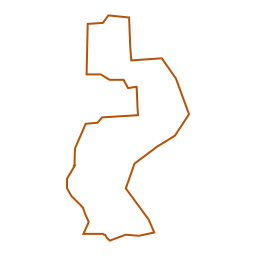 outline of Bayramaly, Mary, Turkmenistan
{"feature_id": "10190150B50405020357004", "entity_name": "Bayramaly", "entity_type": "district", "adm_level": 2, "iso_a3": "TKM", "parent_name": "Turkmenistan", "parent_adm1": "Mary", "projection": "natural_earth1", "projection_center": [62.18, 37.598], "detail": "fine", "context": "isolated", "style": "outline", "palette": "amber", "viewbox_px": 256, "rotation_deg": 0, "n_neighbors": 0, "source": "geoboundaries", "source_scale": "gbopen_adm2", "svg_char_len": 794}
<svg xmlns="http://www.w3.org/2000/svg" viewBox="0 0 256 256"><path d="M67.0,188.2L70.2,193.9L71.9,196.6L81.1,205.6L81.2,205.9L82.9,207.6L85.2,214.2L88.7,221.8L88.1,223.0L88.2,223.3L83.4,233.9L102.9,233.9L103.7,234.7L105.1,234.7L106.5,237.4L109.8,240.6L125.8,234.7L138.9,235.8L154.2,232.5L148.7,219.6L125.8,188.4L134.5,163.6L157.4,146.4L159.6,145.1L174.9,135.7L189.0,114.2L176.0,78.7L161.8,58.3L131.3,60.4L130.2,46.5L129.1,17.5L108.4,15.4L102.9,22.9L87.7,23.9L86.6,74.4L100.7,74.4L109.5,79.8L123.6,79.8L125.2,82.9L128.1,88.1L136.2,86.8L136.2,87.3L136.7,87.3L137.5,107.6L138.0,114.9L137.8,114.9L137.8,115.2L102.1,117.4L98.1,122.0L97.4,122.8L90.1,123.4L85.7,123.8L75.0,148.4L74.6,160.5L74.6,164.7L74.1,165.4L74.9,165.5L67.0,178.7L67.0,188.2Z" fill="none" stroke="#b45309" stroke-width="2"/></svg>